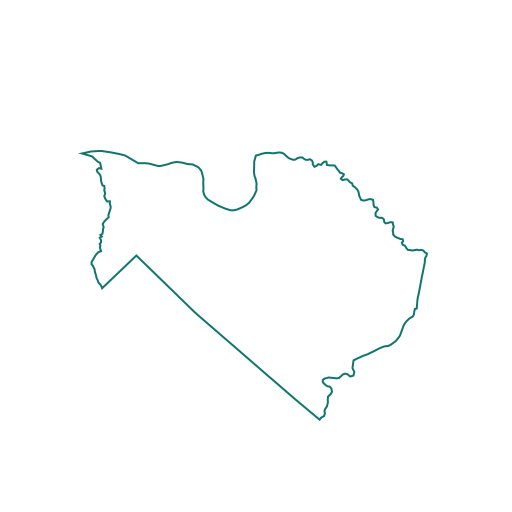 outline of Babaçulândia, Tocantins, Brazil, rotated 241°
{"feature_id": "56859067B67611214994680", "entity_name": "Babaçulândia", "entity_type": "district", "adm_level": 2, "iso_a3": "BRA", "parent_name": "Brazil", "parent_adm1": "Tocantins", "projection": "mercator", "projection_center": [-47.831, -7.162], "detail": "fine", "context": "isolated", "style": "outline", "palette": "teal", "viewbox_px": 512, "rotation_deg": 241, "n_neighbors": 0, "source": "geoboundaries", "source_scale": "gbopen_adm2", "svg_char_len": 3959}
<svg xmlns="http://www.w3.org/2000/svg" viewBox="0 0 512 512"><g transform="rotate(241 256 256)"><path d="M132.1,371.1L139.8,376.2L142.3,378.4L144.2,380.1L150.7,385.5L154.3,388.5L156.4,390.2L168.4,400.4L170.7,401.8L172.4,403.1L173.5,405.2L175.4,406.7L177.4,405.4L179.7,405.0L181.1,403.6L182.0,401.4L183.4,400.0L184.2,397.8L185.0,395.4L186.3,393.8L187.7,391.8L189.9,391.4L192.9,391.2L194.7,389.7L196.9,390.0L197.5,391.8L199.6,392.4L201.0,390.4L202.4,389.4L203.7,388.2L205.8,386.9L208.4,386.4L210.1,387.4L211.9,387.8L213.3,389.1L215.0,390.8L217.5,391.2L219.2,391.8L220.5,389.8L221.0,386.9L221.8,385.1L223.5,384.7L226.3,385.6L228.4,384.7L229.4,382.6L231.1,381.1L233.1,380.1L235.6,381.3L236.8,383.6L237.5,385.3L239.8,385.1L241.3,383.3L243.8,383.6L246.2,384.8L248.3,385.6L250.1,383.9L251.0,382.2L251.3,380.1L251.8,378.0L253.0,376.2L254.3,375.1L256.0,375.3L258.3,375.4L260.7,376.2L263.0,376.8L265.4,376.7L268.1,375.9L270.6,374.7L272.9,375.3L275.0,373.9L277.4,373.4L279.0,372.7L279.8,370.9L280.4,368.5L282.4,367.6L283.2,369.1L283.6,371.0L284.9,372.5L286.6,371.4L288.1,369.9L290.3,369.6L292.5,369.2L294.9,369.0L296.8,368.8L297.8,367.5L298.9,365.5L300.1,363.6L301.2,362.2L302.9,362.8L304.4,363.3L305.3,361.6L305.0,359.4L304.1,357.1L306.1,355.0L305.5,352.7L305.7,350.4L308.6,350.1L310.5,351.1L312.5,351.2L314.5,350.1L315.0,347.8L316.1,346.1L317.7,345.1L319.8,344.2L321.1,341.7L321.5,339.5L321.2,337.8L321.6,336.0L322.7,334.6L324.1,333.4L325.6,332.2L327.4,331.4L329.6,330.7L332.4,329.7L334.3,328.0L335.4,326.3L336.1,324.6L336.8,322.4L337.8,320.3L338.9,318.7L339.9,317.4L340.7,315.8L341.5,314.2L342.1,312.3L342.7,310.2L343.0,308.2L343.9,304.6L339.7,300.4L329.9,294.7L326.7,293.5L323.5,293.0L319.3,291.7L315.4,289.3L313.2,288.3L309.4,283.2L307.8,279.9L305.9,275.8L305.2,271.9L305.2,268.3L305.8,262.0L306.6,259.1L308.3,256.0L312.2,252.2L318.7,247.1L328.4,241.4L331.7,240.4L334.9,240.4L337.9,241.1L340.0,242.5L346.2,245.7L348.9,247.4L354.6,249.0L357.5,249.5L361.6,248.6L366.8,245.0L369.6,240.7L373.2,237.0L375.1,234.5L376.7,232.1L377.5,230.0L378.5,226.8L378.8,224.2L380.0,219.7L381.1,216.0L381.9,214.3L389.0,206.9L391.2,203.6L394.2,198.0L395.7,197.1L407.3,190.3L411.4,186.0L417.1,179.2L422.6,172.0L424.6,168.3L427.5,162.1L430.0,153.6L422.6,160.9L415.2,163.3L413.0,164.8L407.3,163.1L409.0,161.3L408.6,158.6L406.7,158.0L404.8,158.5L402.3,159.0L400.6,158.6L398.2,157.6L396.5,156.8L394.7,156.4L392.1,156.0L390.8,157.3L388.6,156.4L386.8,155.0L384.1,154.6L381.7,152.2L379.0,151.9L375.9,152.2L374.7,154.7L372.6,153.5L369.8,152.9L368.3,152.0L366.6,150.2L363.2,146.6L361.3,145.9L360.8,143.6L359.6,139.8L358.3,137.4L354.9,136.7L353.8,135.3L351.9,134.1L349.9,132.5L349.8,130.1L347.8,130.6L347.8,128.3L344.9,128.1L342.9,126.9L342.4,125.2L340.6,125.0L339.2,123.6L335.3,122.8L335.8,120.6L335.5,119.0L334.5,116.1L331.7,111.6L330.5,109.3L328.5,108.2L326.8,108.6L322.8,108.4L320.2,107.4L316.7,106.7L313.8,105.8L311.6,105.8L309.3,105.3L306.0,106.1L304.2,106.1L302.4,105.8L314.4,151.6L268.4,165.5L260.9,167.8L257.1,168.9L236.9,175.0L235.0,175.7L232.3,176.6L181.6,195.2L146.2,208.1L142.0,209.7L112.6,220.5L109.9,221.5L82.0,232.3L83.0,234.4L83.1,238.1L84.9,239.9L87.3,240.8L88.6,242.2L90.0,245.0L92.9,247.8L95.7,249.2L98.1,250.8L99.1,254.6L100.5,256.7L103.2,257.6L106.0,257.2L107.1,255.7L108.4,254.7L111.7,253.5L113.5,253.3L115.3,254.5L115.5,256.4L114.5,260.7L109.9,267.2L109.1,269.5L110.3,274.9L109.9,276.8L108.2,278.7L104.9,280.0L104.2,283.3L106.8,285.7L111.3,286.1L117.4,290.7L117.2,296.2L116.9,298.3L116.9,300.7L116.4,303.1L116.1,305.0L115.9,306.9L115.8,308.9L115.7,310.7L115.6,312.6L115.5,315.5L115.4,318.6L115.2,320.8L115.0,322.7L114.7,324.4L114.0,326.2L113.2,328.2L113.1,330.7L113.3,333.1L113.6,335.4L113.9,337.4L114.7,339.1L115.5,341.3L116.6,343.3L118.1,345.1L119.7,346.9L120.8,348.2L122.3,349.9L123.8,351.7L125.0,353.6L126.0,356.2L126.5,358.0L127.0,360.0L127.1,361.8L127.0,363.7L128.3,365.8L130.4,367.3L132.7,369.3L132.1,371.1Z" fill="none" stroke="#0f766e" stroke-width="2"/></g></svg>